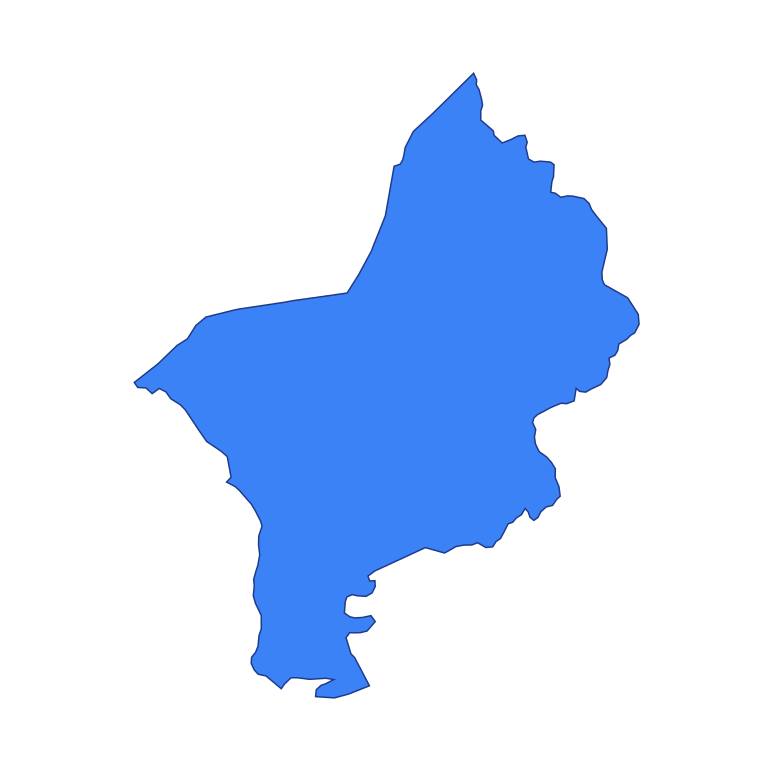 Penedo, Alagoas, Brazil (Albers equal-area conic projection), rotated 5°
{"feature_id": "56859067B93481247036469", "entity_name": "Penedo", "entity_type": "district", "adm_level": 2, "iso_a3": "BRA", "parent_name": "Brazil", "parent_adm1": "Alagoas", "projection": "albers", "projection_center": [-36.472, -10.232], "detail": "fine", "context": "isolated", "style": "filled", "palette": "blue", "viewbox_px": 768, "rotation_deg": 5, "n_neighbors": 0, "source": "geoboundaries", "source_scale": "gbopen_adm2", "svg_char_len": 2598}
<svg xmlns="http://www.w3.org/2000/svg" viewBox="0 0 768 768"><g transform="rotate(5 384 384)"><path d="M453.0,82.4L449.8,77.9L449.8,73.0L446.2,66.6L409.4,109.8L391.2,129.9L384.5,146.6L383.9,153.9L383.1,158.9L381.1,163.5L375.1,166.2L370.7,216.4L361.2,247.8L360.0,252.3L349.3,277.2L339.3,296.6L286.2,308.9L277.9,311.2L233.2,321.9L227.1,323.8L200.8,332.8L191.5,342.1L184.2,356.2L174.5,363.6L157.0,383.7L135.1,404.2L139.0,408.9L147.3,408.7L153.9,413.8L160.5,408.0L167.5,410.9L172.9,417.3L182.7,422.3L188.2,426.9L203.7,446.3L212.3,456.7L223.0,462.6L227.8,465.3L234.2,470.0L239.8,490.3L235.7,495.4L244.7,499.2L249.3,502.7L258.1,511.2L262.3,515.2L267.3,522.2L273.0,531.4L274.9,536.3L272.5,546.4L273.0,554.8L275.1,565.0L274.1,575.8L272.7,581.8L271.2,590.0L272.4,596.6L272.2,606.2L275.2,614.0L277.5,617.8L281.9,625.3L283.1,638.6L281.4,645.6L281.4,656.2L279.5,662.4L275.9,667.8L276.1,674.0L279.7,680.2L283.9,684.1L291.9,685.1L308.2,696.5L311.1,691.5L317.0,684.7L323.5,684.2L335.5,684.7L351.8,682.2L359.8,682.8L351.8,687.8L347.4,689.8L343.2,694.5L343.1,701.4L362.0,701.0L375.7,696.0L395.8,685.9L378.6,659.1L374.6,655.7L368.3,640.0L371.5,634.7L376.9,634.4L382.4,633.7L388.7,631.5L396.0,621.4L391.2,615.9L383.1,618.4L375.2,619.6L370.0,618.8L364.5,615.4L364.4,604.3L365.6,599.3L370.7,596.6L376.0,597.3L384.6,597.1L390.4,593.1L392.9,586.5L392.1,580.7L387.0,581.5L384.7,576.8L391.2,571.0L439.4,543.4L459.1,547.1L469.8,539.7L477.6,537.5L485.5,536.7L491.1,534.0L499.7,538.0L506.5,536.7L509.4,531.1L513.5,527.8L516.7,520.4L519.8,512.5L524.3,510.5L527.6,505.8L532.3,502.3L535.4,495.7L538.8,498.9L541.1,504.1L545.2,506.8L548.9,503.6L551.3,497.7L556.2,492.4L562.5,490.2L566.1,483.9L569.3,480.4L567.2,470.9L562.7,462.4L562.1,453.6L557.6,447.5L552.3,442.5L544.4,437.8L540.1,430.5L538.5,423.9L539.1,416.0L535.4,409.6L536.3,404.7L539.7,401.0L545.0,397.7L550.9,393.7L555.7,391.0L562.1,387.7L567.7,387.7L574.9,384.2L575.4,376.8L575.8,371.6L579.5,374.3L585.7,374.5L590.2,371.3L600.0,365.6L605.3,358.2L605.9,351.3L607.3,344.8L605.9,338.6L611.7,335.0L613.9,330.3L614.4,323.8L622.1,318.1L625.4,314.0L629.3,311.2L632.9,302.3L631.2,292.4L619.2,276.9L594.9,265.9L592.3,261.0L591.3,253.4L594.7,230.3L592.0,209.6L580.5,197.6L575.5,192.0L572.6,186.3L567.0,181.8L555.7,180.4L550.4,180.6L543.8,182.6L538.2,179.1L533.4,178.4L533.6,167.8L534.8,162.8L534.3,150.7L530.5,148.4L520.4,148.4L514.1,149.9L508.3,147.2L504.6,135.6L505.6,130.7L502.7,123.9L495.9,125.2L489.1,129.4L480.7,133.6L476.7,130.4L472.0,126.7L470.8,122.3L457.4,112.6L456.6,103.5L457.9,97.7L456.5,92.1L453.0,82.4Z" fill="#3b82f6" stroke="#1e3a8a" stroke-width="1.5"/></g></svg>